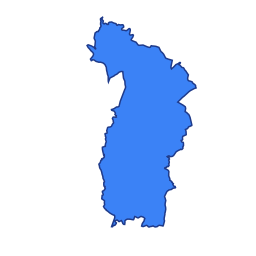 outline of Marovoay, Boeny, Madagascar, rotated 106°
{"feature_id": "10022922B7387017022835", "entity_name": "Marovoay", "entity_type": "district", "adm_level": 2, "iso_a3": "MDG", "parent_name": "Madagascar", "parent_adm1": "Boeny", "projection": "orthographic", "projection_center": [46.607, -16.229], "detail": "fine", "context": "isolated", "style": "filled", "palette": "blue", "viewbox_px": 256, "rotation_deg": 106, "n_neighbors": 0, "source": "geoboundaries", "source_scale": "gbopen_adm2", "svg_char_len": 5768}
<svg xmlns="http://www.w3.org/2000/svg" viewBox="0 0 256 256"><g transform="rotate(106 128 128)"><path d="M227.4,116.6L227.3,115.9L227.1,115.6L225.6,115.1L225.4,114.2L224.8,113.6L223.1,113.0L222.4,113.0L221.7,114.4L221.3,114.7L220.6,114.6L219.8,113.8L219.5,112.9L220.0,111.7L220.4,111.3L220.3,110.5L219.2,109.4L218.8,108.8L220.3,107.3L221.3,106.6L221.8,105.5L221.6,104.6L219.6,104.9L218.1,105.4L217.1,104.9L215.8,103.6L215.1,101.0L214.8,97.7L214.6,97.4L214.3,97.3L211.2,97.1L211.2,96.3L211.7,94.3L211.6,93.4L209.4,91.2L209.4,89.8L209.5,88.7L210.1,87.2L210.5,86.8L211.9,87.1L212.7,86.9L215.9,87.9L218.5,87.9L218.7,87.3L218.5,86.1L216.5,83.5L216.6,82.4L217.3,81.3L217.4,80.5L216.5,79.2L216.0,78.0L215.2,76.9L215.6,75.3L215.5,74.2L214.7,72.7L213.4,71.8L212.9,71.1L212.6,68.4L212.5,68.2L212.6,67.4L211.6,67.2L207.2,67.3L205.9,68.1L204.4,68.4L201.0,68.7L199.5,69.1L198.8,69.0L195.8,69.3L193.8,70.0L191.9,71.1L190.2,71.5L187.3,71.7L185.0,73.1L184.2,73.8L183.6,74.0L178.8,73.2L177.6,72.7L177.1,72.1L176.5,71.8L175.5,70.2L175.4,69.7L174.3,68.7L173.5,68.2L173.1,67.2L172.6,66.6L172.6,66.2L172.2,65.9L171.2,66.6L171.3,67.5L170.9,68.4L170.5,68.6L169.9,69.3L169.0,69.1L168.8,69.9L167.9,70.5L167.9,70.8L168.0,71.1L167.3,71.6L166.8,72.7L166.7,73.4L166.0,73.5L164.8,74.1L162.7,75.8L162.0,75.8L161.1,76.2L158.9,76.6L158.2,77.0L157.5,77.9L156.9,80.5L156.9,81.3L156.5,81.7L156.1,81.6L155.5,80.8L155.2,80.0L154.3,79.9L154.0,79.7L153.9,78.6L152.6,78.2L151.0,79.1L150.6,78.8L149.5,78.9L148.1,79.6L147.6,80.1L146.4,79.6L145.9,80.2L145.3,80.2L145.1,80.5L145.1,81.9L144.7,82.5L143.6,81.3L143.5,80.9L143.8,79.1L143.0,77.5L141.9,76.6L137.5,75.1L135.5,73.2L134.5,71.9L133.9,71.5L133.9,70.4L133.2,69.9L132.2,69.6L131.1,70.2L130.6,69.9L130.2,70.0L129.5,69.8L127.1,70.6L126.6,71.0L126.7,72.1L126.2,72.9L125.3,73.5L124.7,72.5L124.1,72.3L122.2,73.0L121.0,73.1L118.4,70.2L115.5,71.2L114.2,71.9L113.6,72.4L113.0,71.6L112.6,71.3L112.4,70.8L111.6,70.4L110.5,70.2L109.9,69.8L109.4,68.9L108.7,68.4L108.3,67.6L108.0,67.4L107.6,67.4L100.8,71.2L99.1,72.5L98.1,73.5L97.7,74.8L97.0,75.7L96.5,77.6L93.2,78.0L91.8,78.8L90.9,81.2L89.4,87.3L83.6,84.1L82.0,82.9L76.4,79.5L74.7,78.2L73.3,76.7L71.9,75.3L70.7,73.6L69.8,74.3L68.8,74.6L68.2,75.1L67.5,76.5L67.4,77.2L66.7,78.4L66.0,79.0L65.8,80.6L65.9,82.3L65.7,83.1L65.2,83.7L64.5,84.2L63.0,84.5L60.3,84.6L58.3,87.0L57.3,88.1L56.5,89.5L55.1,90.8L54.8,91.5L54.9,93.0L53.2,95.5L53.1,96.5L52.4,96.5L51.2,95.6L50.8,95.6L50.7,95.7L50.7,96.1L50.9,96.5L52.2,97.4L53.8,99.4L57.1,101.1L59.2,102.5L58.5,103.1L57.3,103.6L50.7,104.1L50.7,108.2L50.5,110.5L50.3,111.2L47.3,114.0L46.3,115.5L45.8,116.4L45.7,116.9L45.1,117.7L42.0,120.5L41.8,123.6L42.1,125.7L42.4,126.9L42.5,128.3L43.0,128.6L44.0,128.7L44.6,129.5L44.7,131.4L44.1,136.4L45.5,140.2L45.5,140.8L45.0,141.7L43.3,143.9L42.9,148.0L42.7,148.9L42.4,149.3L41.5,149.2L39.2,148.4L37.3,148.4L36.9,149.1L38.0,151.1L37.9,151.8L37.7,152.2L37.0,152.6L36.3,152.5L33.6,152.7L32.5,153.1L32.0,153.7L32.1,154.2L32.2,154.4L34.4,155.9L35.0,156.6L35.1,158.8L35.5,160.4L35.2,161.2L34.3,161.4L33.7,161.1L32.4,160.0L31.9,160.0L30.6,160.7L30.3,161.1L30.3,162.0L31.0,163.5L31.2,165.8L32.0,166.3L32.3,166.7L32.2,167.1L31.0,168.3L31.0,170.8L30.6,172.9L31.5,175.1L32.4,175.7L32.9,175.8L33.5,175.4L33.9,175.6L34.2,176.6L33.7,177.6L33.6,178.5L33.7,179.0L34.4,179.4L34.5,179.9L34.2,180.8L33.3,181.2L31.9,181.2L30.7,183.0L30.2,183.2L28.9,182.8L28.6,183.0L30.4,184.5L30.9,184.5L31.8,184.2L32.8,183.3L33.7,183.5L34.3,183.2L34.9,183.3L35.5,182.8L36.2,182.9L37.2,182.1L38.4,182.1L39.6,182.7L40.8,182.5L41.6,182.6L42.4,183.2L43.4,183.1L44.0,184.6L45.3,185.4L45.7,185.8L50.6,185.4L51.4,185.1L52.4,184.1L53.6,183.3L57.8,182.5L59.0,182.5L60.4,181.0L60.9,181.0L60.8,181.7L60.4,182.2L59.8,183.3L59.2,185.8L59.0,189.1L59.4,189.7L60.0,190.1L61.6,188.5L62.8,186.5L64.0,184.9L65.0,182.8L66.0,181.7L67.0,181.4L68.2,181.5L69.6,182.0L72.1,183.1L73.4,181.9L73.3,181.5L72.2,180.9L72.0,179.6L72.1,179.0L72.8,177.1L72.8,174.2L72.3,172.6L72.3,170.3L72.7,169.0L73.3,167.7L75.6,165.6L78.4,164.5L80.6,163.2L81.8,162.7L83.7,161.3L88.4,159.9L89.1,159.5L84.9,159.1L81.8,155.8L80.6,155.0L79.3,153.5L76.8,151.9L75.6,150.3L75.2,148.6L81.3,146.1L83.9,143.9L86.8,142.9L89.2,141.6L90.9,141.5L91.6,141.7L104.4,142.8L109.6,142.6L110.3,143.2L110.8,144.1L110.8,144.5L111.4,145.2L113.2,146.7L114.2,148.0L114.8,149.0L115.1,148.9L115.5,148.5L115.6,146.0L116.9,144.4L117.2,144.2L118.6,144.3L119.3,143.3L119.3,142.7L119.9,142.7L120.7,142.2L121.0,142.7L121.3,144.2L121.6,145.2L122.3,145.5L123.3,145.6L124.6,144.4L125.7,144.0L127.0,143.3L128.9,144.1L130.7,144.3L131.1,144.5L131.9,145.4L132.7,147.3L133.3,147.7L136.5,147.7L137.6,147.0L138.6,146.8L138.9,147.0L139.6,148.3L140.1,148.5L140.9,147.9L142.1,147.5L142.8,146.8L143.8,146.5L144.7,146.7L146.9,145.3L147.4,145.1L148.9,145.3L150.7,145.1L151.8,144.7L152.0,144.8L152.1,145.5L152.9,146.2L153.2,146.9L153.5,147.3L154.2,147.2L155.8,146.6L158.8,145.0L159.6,144.4L160.1,143.5L160.7,143.3L160.8,143.9L161.4,143.5L161.6,143.1L162.2,142.8L163.1,142.9L163.7,143.6L164.6,143.8L164.8,144.0L164.8,144.7L165.3,144.8L166.1,144.5L166.6,145.1L167.0,145.2L167.6,145.1L168.9,145.2L169.6,145.4L170.0,145.8L170.3,145.9L171.4,145.8L172.0,145.1L173.3,144.7L174.7,143.7L175.8,142.4L177.7,141.1L179.5,140.2L181.4,138.9L183.5,138.0L184.5,136.9L186.1,135.8L186.4,135.8L186.5,136.0L187.2,136.2L189.6,135.5L190.7,134.8L190.6,134.0L191.6,133.9L192.2,133.2L192.6,133.2L193.0,133.5L193.6,133.4L194.5,134.0L195.0,134.1L195.7,135.1L196.5,135.1L198.3,133.7L199.0,133.4L199.7,133.9L199.9,134.3L203.3,133.7L204.2,131.0L204.4,130.6L204.9,130.4L206.5,130.1L208.2,129.3L210.2,129.9L211.4,128.7L212.0,127.9L212.5,126.5L213.2,126.2L213.3,125.2L214.7,122.1L215.3,119.9L215.7,117.9L215.6,117.3L216.2,116.5L218.1,116.0L227.4,116.6Z" fill="#3b82f6" stroke="#1e3a8a" stroke-width="1.5"/></g></svg>